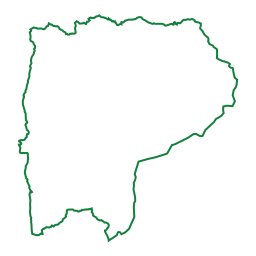 Pakokku, Magway, Myanmar (orthographic projection)
{"feature_id": "60261553B95135707926293", "entity_name": "Pakokku", "entity_type": "district", "adm_level": 2, "iso_a3": "MMR", "parent_name": "Myanmar", "parent_adm1": "Magway", "projection": "orthographic", "projection_center": [94.664, 21.355], "detail": "fine", "context": "isolated", "style": "outline", "palette": "green", "viewbox_px": 256, "rotation_deg": 0, "n_neighbors": 0, "source": "geoboundaries", "source_scale": "gbopen_adm2", "svg_char_len": 5546}
<svg xmlns="http://www.w3.org/2000/svg" viewBox="0 0 256 256"><path d="M32.3,234.0L33.6,234.2L34.9,234.7L36.7,235.2L38.3,235.2L39.4,234.8L41.3,233.3L42.1,234.1L42.6,234.1L41.8,230.4L42.5,229.3L44.6,228.5L44.6,228.2L46.6,227.2L47.9,227.3L48.9,227.6L49.5,227.3L50.8,227.0L51.5,226.2L51.7,225.5L52.3,225.5L53.6,226.5L55.3,224.9L58.3,224.5L59.5,222.8L60.9,222.2L62.3,221.3L62.9,219.3L64.8,217.9L66.0,216.6L65.7,215.2L66.5,214.1L66.8,213.0L66.7,212.0L67.0,210.1L67.7,209.7L69.9,209.5L72.9,209.5L74.1,210.6L75.0,210.6L75.5,210.8L77.1,210.8L78.2,211.6L79.9,211.2L80.2,210.8L81.4,210.7L82.0,209.8L82.6,209.8L82.8,210.0L84.0,209.7L85.6,209.6L86.1,209.3L86.4,209.3L86.5,209.5L88.9,209.4L89.1,209.3L89.1,209.1L90.4,209.1L90.5,208.9L91.4,208.6L91.3,209.0L91.8,209.1L91.9,209.8L92.2,210.2L91.7,212.2L92.5,212.9L93.1,214.4L93.1,215.4L93.7,216.1L95.6,217.0L96.9,218.3L97.5,219.4L100.0,220.4L101.5,220.1L102.4,221.0L103.2,221.3L104.5,222.5L106.2,222.6L107.6,223.3L108.4,224.1L108.8,224.9L108.4,227.2L106.9,228.7L106.7,229.6L105.5,230.5L105.0,230.5L105.0,231.4L106.1,233.7L107.2,235.7L108.5,238.8L108.7,240.6L110.2,239.5L111.5,238.8L116.9,235.1L117.5,233.1L118.2,232.1L119.8,232.1L120.2,232.5L121.4,234.2L124.9,232.6L125.8,231.7L126.6,231.2L127.0,230.6L128.2,229.6L128.5,229.5L128.6,229.2L129.2,228.6L129.8,227.1L134.3,217.0L133.8,206.9L134.2,202.6L135.1,201.5L135.2,200.6L135.1,197.1L133.5,189.3L134.0,185.9L133.8,182.6L134.6,181.2L135.5,178.6L135.7,176.8L134.8,174.7L135.3,172.0L138.4,162.1L138.9,161.5L148.3,158.9L155.0,157.4L166.6,153.8L167.4,153.1L171.9,145.1L174.8,144.3L184.4,139.6L188.1,137.7L193.3,134.2L195.9,133.9L199.9,136.0L201.3,136.2L202.5,135.9L205.4,130.0L214.1,121.9L216.1,118.8L218.1,117.9L221.8,115.5L221.9,115.1L223.6,113.2L223.1,109.6L223.3,106.5L226.7,105.7L232.5,106.1L234.9,101.3L232.7,95.2L233.7,90.1L235.8,87.3L236.6,84.7L237.1,79.6L236.5,79.2L234.6,77.4L233.6,73.2L232.9,68.4L232.5,68.0L230.7,67.7L229.4,66.6L229.0,65.8L229.9,64.1L228.1,62.7L224.2,61.4L222.3,61.0L218.1,59.0L217.8,58.6L216.9,58.2L217.1,54.2L217.0,49.5L216.6,49.0L213.6,46.9L213.0,45.7L209.5,44.1L208.1,41.2L208.4,40.7L208.4,38.4L207.7,37.3L206.3,36.4L204.4,34.5L202.5,31.0L200.5,29.0L200.2,28.5L200.3,27.1L200.9,25.3L200.7,24.2L200.8,23.5L198.6,22.5L195.9,21.9L194.8,21.4L194.6,20.2L192.0,18.9L190.0,19.7L187.4,19.2L186.1,19.8L185.3,20.0L184.2,19.7L183.3,20.0L182.5,20.7L180.4,23.2L180.1,23.3L178.5,22.9L177.5,23.0L177.1,23.7L177.0,24.5L176.1,24.2L175.6,23.5L175.1,22.3L174.5,22.1L174.0,22.5L173.8,24.4L173.5,24.7L172.8,24.6L171.9,23.9L170.8,24.0L165.9,25.7L164.9,25.4L164.1,24.6L162.9,24.0L161.8,23.8L155.2,23.8L153.8,23.3L152.7,23.9L148.6,22.6L145.9,20.7L142.7,19.2L141.5,17.5L141.0,17.2L139.0,17.1L136.9,17.9L136.8,18.2L135.8,18.8L135.3,18.9L135.3,19.1L134.6,19.3L132.8,19.4L132.0,19.7L129.1,19.6L125.0,20.7L124.9,21.0L124.7,21.0L123.6,22.2L122.9,22.6L121.8,22.1L121.4,22.1L121.2,22.6L121.4,24.3L120.7,24.0L119.7,24.2L118.1,25.2L117.2,25.0L116.0,23.3L115.6,22.4L114.8,22.3L114.7,21.5L114.3,21.8L114.1,21.6L113.5,21.6L113.4,21.3L113.1,21.5L112.0,21.4L111.6,20.9L111.8,20.7L110.8,19.9L110.1,19.8L110.1,19.6L109.6,19.3L109.5,18.9L109.1,18.9L108.9,18.7L108.9,19.1L108.3,19.3L108.3,19.5L107.9,19.5L107.8,19.2L107.1,19.0L106.6,18.5L105.2,18.0L105.1,17.8L104.5,17.8L104.4,17.6L102.9,17.2L102.0,17.3L101.2,17.2L99.2,15.4L98.2,16.0L97.2,16.2L96.6,16.4L96.5,16.6L95.6,16.7L95.3,17.2L94.8,17.6L94.1,17.7L93.9,18.0L91.4,18.0L91.0,17.6L90.6,17.5L90.3,17.8L89.2,18.2L88.9,18.8L88.6,18.9L89.4,20.0L89.1,20.0L89.2,20.8L88.5,21.6L87.1,21.6L86.1,24.0L85.6,24.0L84.6,22.9L83.5,22.9L83.3,23.2L82.8,23.4L79.6,23.6L78.1,22.0L76.6,21.3L74.9,22.9L75.7,25.1L75.7,26.2L75.0,27.9L75.7,32.6L75.6,32.9L74.2,33.7L72.8,33.6L71.8,33.8L71.7,33.6L71.3,33.8L70.0,33.8L69.4,34.5L67.8,34.6L67.2,34.0L66.0,34.1L65.7,33.0L65.1,32.2L63.8,31.7L62.3,30.3L59.6,29.0L58.6,27.0L57.2,26.1L56.1,26.4L54.4,25.9L53.7,26.1L53.2,25.9L52.2,24.8L51.3,24.7L51.1,24.4L49.4,24.2L49.2,23.5L48.9,23.3L48.0,26.0L46.6,26.3L46.3,27.1L44.6,29.1L43.6,29.3L42.4,29.0L41.8,28.5L37.4,28.6L35.8,27.8L34.5,27.8L33.9,27.5L30.4,29.4L31.0,30.1L31.0,31.1L30.6,31.7L29.7,32.3L30.5,35.2L30.6,36.8L30.2,39.7L30.8,41.0L33.0,42.1L33.3,42.5L33.7,44.0L34.8,45.6L35.1,46.4L35.1,47.3L34.9,48.1L34.1,48.8L34.3,49.7L34.7,50.3L34.7,50.9L34.1,51.7L33.9,53.2L33.5,54.2L31.7,57.1L31.4,58.2L30.9,60.5L31.5,63.2L30.2,65.6L30.0,66.7L30.6,67.3L30.8,68.2L29.7,71.6L29.3,73.8L29.2,74.5L29.4,75.1L29.4,76.5L27.9,80.7L28.0,82.1L27.0,85.2L26.3,89.2L25.4,90.8L25.5,92.2L24.4,93.4L23.6,94.9L23.5,95.7L24.0,96.1L23.9,97.3L23.7,97.4L23.6,98.4L23.1,99.6L22.8,101.1L22.9,104.7L24.8,110.8L24.6,111.7L25.6,113.4L25.9,120.0L26.3,120.5L27.1,122.2L26.9,123.2L26.2,123.4L25.4,125.1L26.2,126.8L26.7,129.3L27.1,130.1L27.8,130.4L28.5,131.5L28.8,132.4L28.5,133.7L28.3,133.9L27.2,134.0L26.6,136.0L26.8,136.8L26.4,137.6L25.5,138.0L24.9,139.5L23.5,140.1L20.6,140.2L19.6,140.4L19.0,141.1L19.3,141.6L20.2,141.9L21.3,143.7L21.0,144.2L20.4,144.7L19.4,144.5L18.9,144.6L19.0,145.2L19.7,146.1L20.0,146.8L20.3,147.9L19.8,152.1L20.2,152.6L20.6,152.9L21.6,153.1L23.4,152.9L24.8,153.1L26.4,152.9L27.3,153.0L27.9,153.9L27.8,155.5L28.2,159.1L27.8,159.9L27.7,162.5L25.6,166.6L25.8,167.5L25.6,168.7L24.9,171.3L24.9,173.5L25.3,174.2L25.6,176.2L26.2,177.1L26.2,178.4L27.2,179.0L27.6,179.9L27.1,181.3L29.6,186.6L29.2,187.8L30.1,189.8L32.0,192.0L31.6,192.3L30.9,192.6L30.2,192.2L29.9,192.9L29.5,194.8L30.4,200.0L30.1,204.6L30.3,207.8L30.0,212.1L30.5,216.2L31.3,217.9L30.9,218.8L31.3,220.9L31.1,222.2L31.5,224.5L31.7,230.0L32.1,233.1L32.3,234.0Z" fill="none" stroke="#15803d" stroke-width="2"/></svg>